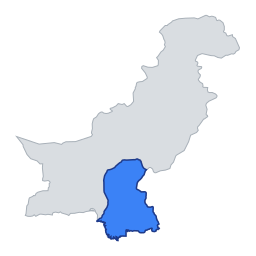 Pakistan, with Sind highlighted
{"feature_id": "PAK-1114", "entity_name": "Sind", "entity_type": "Province", "adm_level": 1, "iso_a3": "PAK", "parent_name": "Pakistan", "parent_adm1": "", "projection": "natural_earth1", "projection_center": [68.493, 26.111], "detail": "fine", "context": "in_parent", "style": "filled", "palette": "blue", "viewbox_px": 256, "rotation_deg": 0, "n_neighbors": 0, "source": "natural_earth", "source_scale": "10m", "svg_char_len": 9182}
<svg xmlns="http://www.w3.org/2000/svg" viewBox="0 0 256 256"><path d="M235.4,38.5L239.5,47.8L238.9,49.8L236.0,51.4L234.8,53.3L233.4,54.1L231.6,53.8L227.7,55.3L225.9,55.2L221.4,58.1L217.9,57.5L214.3,55.8L211.0,55.6L202.1,53.6L197.5,55.5L195.3,60.2L195.5,61.1L197.1,61.7L197.8,62.6L197.9,63.3L196.9,65.3L197.5,66.2L201.6,66.7L201.7,67.5L201.2,68.5L198.3,70.1L198.0,71.3L198.4,72.8L200.4,74.9L200.0,76.9L198.3,79.3L198.5,80.2L200.2,82.2L202.6,83.6L203.0,85.8L202.7,86.6L203.4,87.3L207.7,87.5L207.4,90.1L208.0,92.0L209.5,92.6L212.2,92.5L215.6,94.0L217.0,95.6L216.9,96.7L216.0,97.9L208.9,101.2L206.4,103.4L205.8,105.2L207.1,109.3L206.1,114.1L206.4,115.0L207.4,115.3L207.7,116.6L204.3,119.0L203.7,119.0L199.2,125.3L197.7,126.8L197.5,128.2L198.2,130.4L196.5,132.5L190.6,135.2L188.6,141.7L184.2,150.5L176.4,155.2L175.7,156.1L173.5,162.1L171.0,164.9L169.9,168.5L165.4,170.1L160.4,170.8L156.0,172.7L155.0,172.8L153.5,171.8L152.6,169.0L150.6,167.5L149.4,167.5L145.8,170.5L142.4,176.8L137.4,182.7L136.4,188.1L137.0,189.2L140.2,191.1L144.7,191.9L146.0,193.1L145.8,198.1L145.0,200.5L145.3,203.2L147.6,206.7L150.2,207.1L151.9,206.7L153.0,207.3L153.1,211.5L156.3,217.5L158.7,223.9L157.7,225.0L157.7,225.8L157.7,227.3L158.7,228.2L158.7,228.7L156.5,229.7L155.4,231.1L154.1,231.5L152.2,230.8L151.7,228.4L150.9,228.5L145.4,230.6L144.3,232.2L141.3,232.7L140.0,232.6L137.8,230.9L128.5,230.5L127.5,231.0L126.8,230.2L126.1,231.0L126.0,236.1L122.7,236.0L119.8,236.7L118.1,237.9L117.4,239.6L116.3,238.0L115.1,238.4L113.8,237.1L113.2,238.4L111.1,238.7L110.8,236.8L109.6,237.5L108.8,236.5L108.4,235.2L106.8,233.9L106.1,232.5L105.8,229.3L104.1,222.7L103.1,222.1L97.5,220.9L97.3,219.8L97.5,214.8L95.7,212.2L95.2,210.4L93.7,208.9L92.3,208.4L90.8,208.6L89.5,210.3L92.7,210.0L94.3,211.1L91.0,210.8L86.1,211.5L83.2,212.6L79.3,212.3L74.5,213.3L70.5,213.4L68.8,215.5L67.2,214.6L61.7,213.0L60.4,211.8L58.7,212.8L55.6,212.1L53.3,212.6L52.5,213.6L52.4,215.0L47.9,214.3L45.7,214.8L40.8,214.1L39.5,214.3L35.8,216.3L34.2,214.8L32.7,216.0L30.1,216.4L27.8,216.3L25.3,215.4L26.0,213.8L26.8,205.9L28.1,204.3L29.0,198.9L29.4,197.9L32.9,196.3L33.4,195.5L35.0,195.7L36.1,193.4L37.9,192.2L42.8,190.8L48.0,190.7L48.4,187.6L49.3,186.8L49.2,183.5L50.1,182.7L50.1,182.2L49.5,181.3L48.2,180.5L44.7,181.1L42.6,180.6L42.6,178.8L43.3,176.4L42.4,167.9L42.7,163.8L40.0,163.9L37.1,160.9L30.7,158.7L27.0,154.5L23.2,146.5L23.0,144.7L16.5,136.5L39.1,144.1L54.3,142.6L61.6,144.4L62.7,143.2L65.8,141.8L75.5,141.6L91.3,136.4L92.5,134.6L91.6,133.4L91.5,132.3L92.4,128.7L92.2,123.8L93.0,120.5L93.7,118.7L96.5,116.9L98.4,113.9L99.7,112.8L101.1,112.0L102.5,112.1L103.7,113.1L106.1,113.5L108.4,113.2L112.3,111.4L112.3,110.8L110.4,109.6L110.1,108.7L110.8,108.1L112.3,107.9L116.2,105.8L118.2,103.6L122.1,104.5L124.2,103.6L126.7,106.3L127.9,106.5L130.9,104.7L133.6,101.4L133.1,93.0L135.3,88.8L135.3,87.4L136.0,86.3L136.6,83.1L137.5,82.3L139.4,81.8L142.4,81.5L147.0,78.5L147.3,77.2L145.3,72.9L141.6,68.3L141.9,66.4L143.3,65.7L147.9,67.2L152.4,67.4L157.8,65.7L158.3,64.5L158.4,60.3L156.6,57.6L157.9,56.4L161.0,51.9L163.2,50.2L165.4,46.6L164.4,44.8L165.1,42.8L164.7,40.5L164.0,39.6L162.7,35.6L161.5,33.9L159.4,32.1L160.0,30.8L165.2,25.5L167.3,25.5L167.9,24.6L171.6,22.1L172.4,21.0L178.7,18.8L185.4,18.2L194.3,17.9L197.9,18.9L205.5,15.4L206.7,15.4L209.4,16.8L211.6,16.2L212.9,16.4L215.6,17.4L216.7,20.4L217.2,20.6L218.8,20.0L220.0,20.3L223.0,22.7L224.3,26.4L224.3,30.0L223.5,31.3L223.6,32.0L225.8,33.1L226.9,35.7L228.3,36.0L232.4,34.7L232.6,36.6L235.4,38.5Z" fill="#d9dde1" stroke="#a8b0b8" stroke-width="1"/><path d="M146.4,169.7L145.2,171.1L145.1,171.4L144.1,174.7L143.7,175.2L142.5,176.4L141.7,177.9L140.1,179.6L139.2,180.2L137.9,181.6L137.3,182.7L137.0,184.0L136.4,188.1L136.5,188.8L136.9,189.3L139.1,190.3L139.7,190.7L140.7,191.6L141.3,191.9L144.7,191.8L145.2,191.9L145.7,192.2L146.1,192.7L146.2,193.4L146.1,194.8L146.1,195.4L146.1,195.7L146.0,196.1L145.9,196.4L145.9,196.7L146.0,197.4L146.0,198.0L145.8,198.7L145.0,200.0L144.9,200.3L144.9,200.9L144.8,201.8L144.8,202.0L145.1,202.9L145.5,203.7L146.1,204.4L146.7,205.0L146.9,205.3L147.2,206.2L147.4,206.6L147.6,206.8L148.2,207.0L149.0,207.2L150.6,207.2L151.2,207.0L151.7,206.8L152.2,206.6L152.8,206.7L153.1,207.2L153.2,207.9L153.0,211.3L153.1,211.9L153.4,212.3L153.9,212.9L154.1,213.3L154.1,213.7L154.3,214.1L154.8,214.7L155.7,215.5L155.9,215.8L156.1,216.2L156.5,218.6L156.8,219.5L157.2,220.4L158.1,221.8L158.6,223.3L159.0,224.0L158.7,224.2L157.7,224.7L157.5,225.1L157.4,225.6L157.5,226.1L157.8,226.4L157.8,226.5L157.8,226.8L157.7,227.3L157.7,227.5L157.8,227.6L158.1,227.8L158.7,227.9L159.1,228.1L159.3,228.5L159.1,228.7L158.4,229.0L158.2,229.3L158.0,229.5L157.8,229.4L157.5,229.3L157.2,229.3L156.9,229.4L156.1,230.0L155.9,230.3L155.9,230.6L156.1,230.9L156.0,231.0L155.5,231.2L154.9,231.5L154.7,231.6L152.8,231.4L152.2,231.1L152.0,230.9L151.9,230.6L151.8,230.0L151.7,229.4L151.7,229.2L151.8,229.1L152.0,228.9L152.1,228.7L151.9,228.3L151.3,228.3L149.9,228.7L149.2,229.2L149.0,229.3L148.2,229.3L147.9,229.5L147.4,229.9L147.1,230.0L146.8,230.0L146.0,230.3L145.5,230.3L145.4,230.4L145.2,230.7L144.9,231.8L144.7,232.1L144.2,232.5L143.6,232.7L140.7,232.7L140.0,232.6L139.4,232.3L138.3,231.0L137.8,230.8L133.9,230.7L132.8,231.1L132.3,231.2L132.0,231.1L131.2,230.7L130.9,230.6L130.6,230.7L130.0,231.0L129.6,231.2L129.4,231.1L129.2,230.9L128.9,230.4L128.8,230.2L128.7,230.1L128.4,230.1L128.2,230.5L127.8,231.4L127.6,231.5L127.4,231.3L127.3,230.3L127.1,229.9L126.3,229.9L126.0,230.6L126.0,236.1L121.9,236.0L121.2,236.2L120.8,236.5L120.8,236.2L120.7,236.1L120.4,236.2L120.5,236.5L120.4,236.7L120.2,236.9L120.0,237.0L119.8,236.9L119.7,236.5L119.4,236.7L119.4,236.8L119.3,237.1L119.5,237.2L119.4,237.3L119.2,237.3L118.7,237.6L118.4,238.1L118.0,237.1L118.0,237.8L118.2,238.2L118.1,238.5L117.9,239.2L117.8,239.5L117.8,239.8L118.0,240.3L118.0,240.6L117.9,240.6L117.6,240.4L117.2,240.0L117.2,240.4L116.9,240.4L116.7,240.2L116.6,239.8L116.6,239.7L116.8,239.5L116.8,239.1L116.9,238.8L117.0,238.7L117.0,238.4L116.8,238.2L116.6,237.8L116.6,237.4L116.7,236.8L116.1,236.6L116.4,238.0L116.6,238.4L116.3,239.0L116.1,239.3L115.9,239.3L115.8,239.1L115.8,238.8L115.7,238.7L115.4,238.8L115.1,238.7L114.9,238.3L114.6,238.3L114.5,238.2L114.4,238.1L114.5,237.9L114.4,237.7L114.1,237.8L113.9,238.0L113.9,237.7L113.9,237.1L113.7,237.0L113.7,237.3L113.5,238.5L113.4,238.7L113.0,238.6L112.6,238.5L111.8,238.1L112.0,238.3L112.1,238.5L112.0,238.9L111.8,239.0L111.5,239.0L110.9,238.8L110.7,238.8L110.6,238.6L110.6,238.4L110.8,238.0L110.9,237.1L110.9,236.8L110.9,236.7L110.7,236.9L110.7,237.6L110.6,237.9L110.4,238.0L110.1,237.9L110.0,237.7L110.0,237.4L109.8,237.6L109.7,237.6L109.6,237.4L109.4,237.2L109.2,237.2L109.2,237.3L109.2,237.5L109.4,237.7L108.6,237.5L108.4,237.3L108.8,237.3L108.9,237.2L109.0,237.1L109.2,236.7L109.3,236.5L108.9,236.8L108.7,236.7L108.8,235.9L108.2,235.8L108.0,235.7L108.3,235.1L108.4,234.9L108.6,235.0L109.0,234.7L109.2,234.3L108.9,234.6L108.6,234.6L108.3,234.4L107.9,234.3L107.1,234.4L106.7,234.3L106.5,234.0L106.4,233.5L106.3,233.1L105.9,232.3L105.9,232.1L105.8,231.9L105.8,231.1L105.6,230.7L105.8,230.4L105.7,229.9L106.0,229.7L106.4,229.6L106.8,229.7L106.5,229.5L106.3,229.4L105.7,229.4L105.6,228.8L105.7,228.1L105.6,228.3L105.4,228.4L105.3,228.0L105.2,227.6L105.0,227.2L104.7,226.9L105.0,226.6L104.9,226.5L104.6,226.4L104.5,226.2L104.4,226.0L104.3,225.5L104.5,225.6L104.8,225.6L105.0,225.6L105.3,225.5L104.7,225.1L104.4,225.1L104.0,225.1L103.9,225.1L103.8,224.8L103.9,224.3L104.2,223.9L104.5,223.5L104.9,223.2L105.3,223.0L105.3,222.9L105.2,222.6L104.9,222.5L104.7,222.6L104.2,222.7L104.0,222.3L103.9,222.1L103.7,221.9L103.1,222.0L102.9,221.9L102.8,222.0L102.9,222.4L102.6,222.3L102.0,221.8L101.8,221.7L101.5,221.6L101.3,221.4L101.2,221.2L101.1,221.5L101.2,221.8L100.9,221.8L100.6,221.6L100.4,221.3L100.1,221.1L99.7,221.1L99.3,221.2L98.9,221.3L98.6,221.1L97.7,221.3L97.4,221.4L97.2,221.5L96.9,221.3L96.9,221.0L97.2,220.6L97.6,220.4L99.8,218.4L100.1,218.3L100.7,218.2L100.9,218.1L101.3,217.9L101.6,217.5L102.0,216.8L102.1,216.5L102.1,216.0L102.2,215.7L102.8,214.8L103.5,214.2L103.7,213.9L104.1,212.7L104.0,211.9L104.1,211.5L104.9,210.1L105.0,210.0L105.4,209.8L105.5,209.6L105.9,208.8L106.8,207.6L107.0,207.2L107.7,205.2L107.9,204.6L108.0,204.0L107.9,202.4L108.1,200.9L108.1,200.4L107.9,199.8L104.4,192.6L104.2,192.2L104.1,191.5L104.0,190.7L103.9,182.2L103.7,180.5L103.8,179.9L103.9,179.2L104.4,176.7L104.5,176.1L104.6,175.8L104.8,175.4L105.7,173.6L106.7,172.2L107.3,170.5L107.5,170.2L108.1,169.9L109.6,169.7L111.4,169.2L114.8,167.5L115.4,166.5L115.9,166.0L118.9,163.4L119.2,163.2L119.8,162.7L121.0,162.1L121.3,161.9L122.0,160.7L122.3,160.3L122.5,160.2L122.9,160.1L124.3,159.9L126.7,160.1L133.3,159.7L135.2,159.7L136.7,159.0L136.9,159.0L137.2,159.0L137.6,159.0L138.0,159.2L138.1,159.3L138.2,159.6L138.3,159.7L139.6,159.9L140.0,160.0L140.3,160.8L140.6,161.0L140.8,161.1L141.0,161.2L141.1,161.4L141.1,161.7L141.1,162.2L141.2,162.4L141.4,162.8L141.5,163.2L142.4,166.0L142.6,166.5L143.5,167.9L144.0,168.4L144.8,168.9L146.4,169.7ZM107.0,234.4L107.2,234.7L107.5,234.7L108.1,234.4L108.5,234.7L108.2,234.8L108.1,235.3L107.7,235.4L107.2,235.0L107.1,234.7L107.0,234.4Z" fill="#3b82f6" stroke="#1e3a8a" stroke-width="1.5"/></svg>